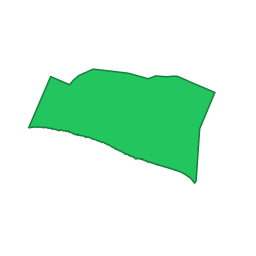 Berisso, Buenos Aires, Argentina, rotated 161°
{"feature_id": "61730980B11593916805025", "entity_name": "Berisso", "entity_type": "district", "adm_level": 2, "iso_a3": "ARG", "parent_name": "Argentina", "parent_adm1": "Buenos Aires", "projection": "albers", "projection_center": [-57.796, -34.898], "detail": "fine", "context": "isolated", "style": "filled", "palette": "green", "viewbox_px": 256, "rotation_deg": 161, "n_neighbors": 0, "source": "geoboundaries", "source_scale": "gbopen_adm2", "svg_char_len": 5268}
<svg xmlns="http://www.w3.org/2000/svg" viewBox="0 0 256 256"><g transform="rotate(161 128 128)"><path d="M221.7,160.7L221.0,160.3L219.5,160.0L218.9,160.0L218.7,160.1L218.2,159.9L217.9,159.7L217.5,159.8L217.2,159.8L217.0,159.6L216.7,159.5L216.0,159.4L215.4,159.1L214.1,158.5L213.4,158.4L211.8,157.7L211.2,157.8L210.9,157.9L210.7,157.8L210.3,157.5L210.1,157.1L209.9,156.9L209.3,156.7L208.7,156.3L208.2,156.0L207.9,156.0L207.7,155.8L207.4,155.8L207.1,155.5L206.4,155.8L206.3,155.7L205.9,155.6L205.2,155.0L204.9,155.0L204.6,154.7L204.0,154.4L203.8,154.0L203.4,153.9L202.9,153.5L202.7,153.6L201.9,153.3L201.3,152.7L200.5,152.3L199.9,151.7L199.7,151.5L199.5,151.9L199.4,151.7L199.2,151.4L198.9,151.2L198.5,151.0L198.1,150.9L197.7,150.8L197.4,150.7L197.2,150.6L197.0,150.1L196.8,150.0L196.6,149.8L196.3,149.7L196.0,149.5L195.1,148.9L195.0,148.6L194.7,148.3L194.3,148.5L194.1,148.2L193.8,147.9L193.6,148.0L193.8,148.2L193.7,148.2L193.3,148.0L192.8,148.0L192.3,147.8L192.0,147.8L191.9,147.9L191.2,147.3L190.4,146.7L190.1,146.4L189.9,146.3L189.4,146.3L188.7,146.0L188.1,145.6L187.8,145.3L187.4,145.1L187.3,144.9L186.9,144.9L186.4,144.6L185.8,144.9L185.7,144.6L185.6,144.4L185.4,144.5L185.3,144.3L185.2,144.0L184.7,143.6L184.7,143.3L184.7,143.0L184.3,143.1L184.0,142.8L183.5,142.6L182.7,141.5L182.5,141.4L182.0,140.8L181.7,140.7L181.4,140.3L181.2,140.3L181.0,139.8L180.6,139.4L180.4,139.3L180.2,139.4L179.7,138.8L179.5,138.7L179.4,138.6L179.2,138.6L179.0,138.4L177.7,138.3L177.9,137.8L177.5,137.8L177.4,137.5L176.8,137.2L176.7,136.9L176.2,136.8L176.2,137.0L176.0,136.8L175.8,136.7L175.7,136.5L175.3,136.3L175.0,136.2L174.8,135.9L174.5,135.9L174.2,135.7L173.9,135.7L173.6,135.4L172.8,135.0L172.1,134.3L171.8,134.0L171.6,133.5L171.4,133.4L171.3,133.2L171.1,133.1L171.0,132.9L170.8,133.0L170.6,132.9L170.1,133.0L169.9,133.1L169.7,133.1L169.4,132.7L169.1,132.6L169.0,132.4L168.4,132.3L168.0,131.7L167.6,131.6L166.6,130.7L165.6,129.5L165.0,129.0L164.6,128.8L164.3,128.6L164.2,128.6L164.1,128.4L163.2,127.9L162.8,127.7L162.4,127.5L161.7,126.6L160.8,125.9L160.5,125.4L160.2,125.3L159.5,125.0L159.2,124.9L159.0,124.6L158.0,123.5L157.8,123.2L157.5,122.9L157.3,123.0L157.0,122.8L156.6,122.5L156.2,122.6L155.9,122.5L155.1,121.5L154.9,121.0L154.7,121.0L153.9,120.3L153.4,119.7L153.2,119.4L153.0,119.2L152.7,118.7L152.2,118.4L151.9,118.2L151.7,118.2L151.3,117.9L150.9,117.5L150.6,117.0L150.4,116.8L150.3,116.6L150.1,116.3L149.7,116.1L149.7,115.9L149.3,115.7L149.2,115.6L149.2,115.1L148.9,115.0L148.7,114.8L148.4,114.6L148.1,114.0L147.9,113.9L147.2,113.3L147.1,113.0L147.0,112.9L147.1,112.7L146.7,112.5L146.8,112.3L146.7,112.2L146.4,112.2L145.8,112.0L145.6,111.9L145.6,111.5L145.4,111.4L145.2,111.0L145.0,110.9L144.9,110.7L144.7,110.7L144.6,110.4L144.4,110.3L144.3,110.0L144.1,109.9L143.9,109.6L143.7,109.5L143.6,109.4L143.5,109.2L143.1,109.1L142.7,108.8L142.4,108.5L142.0,107.8L141.6,107.4L141.1,106.9L140.7,106.6L140.4,106.1L140.1,105.7L139.9,105.5L139.8,105.1L139.6,105.1L138.8,104.7L139.0,104.5L139.1,104.3L139.0,104.0L138.9,104.0L138.4,104.0L138.0,103.7L137.5,103.5L137.3,103.2L137.0,103.0L136.7,102.8L136.4,102.5L136.3,102.2L136.1,102.2L135.8,102.3L135.8,102.2L136.0,102.1L135.8,101.8L135.9,101.7L135.0,100.6L134.3,100.3L133.7,99.8L133.4,99.8L133.2,99.7L132.9,99.7L133.0,99.5L132.9,99.4L132.6,99.3L132.4,98.8L132.3,98.6L132.3,98.4L132.1,98.5L131.8,98.2L131.7,98.0L130.9,96.9L130.8,96.6L130.8,96.2L130.6,96.0L130.0,96.0L129.8,96.0L129.6,96.3L129.3,96.3L128.7,96.1L128.2,96.0L128.2,95.8L128.1,95.6L127.6,95.3L127.1,95.3L126.8,95.0L126.5,94.9L126.4,94.7L126.1,94.6L126.0,94.3L125.9,94.1L125.7,94.1L125.4,94.2L125.3,94.3L125.2,94.3L125.1,94.0L124.8,94.0L124.7,93.7L124.5,93.8L124.5,93.7L124.4,93.8L124.2,93.8L124.1,93.7L123.7,93.1L123.7,92.9L123.8,92.9L123.7,92.8L123.2,92.4L122.9,92.0L122.8,91.9L122.4,91.6L122.3,91.3L122.2,91.3L121.6,90.9L121.1,90.4L120.8,90.3L120.6,90.1L120.6,89.9L120.5,90.0L120.3,89.8L119.6,89.2L119.2,89.0L118.9,88.7L118.0,88.1L117.4,87.6L117.2,87.6L116.6,87.0L116.1,86.7L115.9,86.6L115.7,86.4L115.3,86.1L114.6,85.6L114.4,85.6L114.3,85.4L114.0,85.1L113.9,85.2L114.0,85.0L113.9,84.9L113.6,85.0L113.3,84.7L113.2,84.5L112.8,84.3L112.5,84.2L112.6,83.9L112.5,83.7L112.2,83.8L112.0,83.7L111.9,83.8L111.5,83.4L111.5,83.1L110.8,83.0L110.8,82.8L110.2,82.4L109.8,82.1L109.4,81.9L109.2,81.6L108.9,81.5L107.7,80.6L107.3,80.5L107.3,80.3L107.1,80.2L106.9,79.9L106.2,79.5L106.0,79.3L105.6,79.1L105.4,79.0L105.4,78.9L104.7,78.4L104.6,78.2L104.3,78.1L103.8,77.7L103.7,77.7L103.5,77.8L103.1,77.6L102.7,77.2L102.6,76.9L102.5,76.7L102.3,76.7L100.5,75.4L100.2,75.3L100.1,75.1L99.9,75.0L99.3,74.7L98.8,74.0L98.7,74.0L98.4,74.1L98.2,73.7L97.8,73.3L97.5,73.2L97.3,72.9L97.1,73.0L97.0,72.9L97.0,72.7L96.9,72.6L96.7,72.6L96.5,72.4L96.3,72.4L95.7,71.7L95.4,71.7L95.2,71.3L94.6,71.1L93.9,70.3L93.6,70.0L93.4,70.0L93.2,69.7L92.4,69.3L92.0,68.8L90.8,67.4L89.2,65.7L88.3,64.4L87.8,63.9L86.5,61.8L85.9,61.3L85.5,60.7L84.4,58.4L84.2,57.5L83.4,55.3L83.2,54.6L83.0,54.3L82.8,54.2L82.5,54.4L82.3,54.8L81.3,55.3L80.3,57.1L60.5,103.9L34.3,133.3L56.8,153.6L57.5,154.5L58.2,155.1L64.4,160.7L68.6,162.4L74.4,163.7L84.8,168.2L92.9,168.0L109.5,179.5L141.5,194.9L142.2,195.0L157.6,193.6L161.7,191.8L163.2,191.4L169.2,188.0L184.4,201.8L221.7,160.7Z" fill="#22c55e" stroke="#15803d" stroke-width="1.5"/></g></svg>